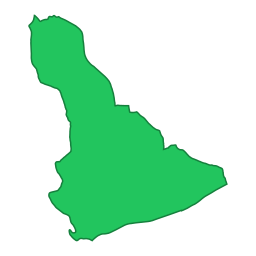 the district of Tandahimba, Mtwara, United Republic of Tanzania
{"feature_id": "72390352B76468761426294", "entity_name": "Tandahimba", "entity_type": "district", "adm_level": 2, "iso_a3": "TZA", "parent_name": "United Republic of Tanzania", "parent_adm1": "Mtwara", "projection": "mercator", "projection_center": [39.541, -10.663], "detail": "fine", "context": "isolated", "style": "filled", "palette": "green", "viewbox_px": 256, "rotation_deg": 0, "n_neighbors": 0, "source": "geoboundaries", "source_scale": "gbopen_adm2", "svg_char_len": 5638}
<svg xmlns="http://www.w3.org/2000/svg" viewBox="0 0 256 256"><path d="M34.6,15.4L34.4,15.4L34.4,15.9L34.3,16.6L33.6,19.8L33.2,20.7L32.7,21.7L31.8,22.8L30.7,23.9L30.3,24.3L29.1,25.4L29.1,26.6L29.4,27.0L30.0,28.0L31.1,30.6L31.3,31.3L31.5,32.1L31.5,34.8L31.3,36.6L31.1,38.2L30.9,39.9L31.0,41.0L30.9,42.9L31.2,50.0L31.4,53.7L31.3,58.0L31.7,61.0L32.1,62.7L32.6,64.0L33.9,65.9L36.3,68.7L36.5,69.1L36.6,69.5L37.0,70.9L37.3,72.1L37.6,73.1L38.3,75.1L38.2,76.0L38.5,77.8L39.8,80.5L40.4,81.7L40.9,82.4L41.0,82.5L43.1,83.3L45.0,84.2L46.6,84.7L48.5,85.3L49.2,85.6L50.7,86.0L51.8,86.6L54.1,87.6L54.9,87.9L57.1,88.4L57.7,88.8L58.2,89.3L58.9,89.9L59.5,90.4L60.2,91.4L60.3,92.1L60.8,92.9L61.4,95.1L62.1,97.2L63.2,99.9L63.6,101.0L64.2,103.2L64.5,103.9L65.1,106.1L65.4,107.6L65.8,108.4L66.0,109.1L66.1,109.5L66.6,110.1L66.7,110.5L66.7,111.4L66.6,112.2L66.5,113.0L66.2,114.4L66.4,115.3L66.7,115.9L67.0,116.7L67.5,117.3L67.8,117.8L67.8,118.5L68.4,120.1L69.0,120.8L70.3,121.9L70.5,122.4L70.5,123.5L70.4,124.4L70.4,125.0L70.7,125.9L70.7,126.3L70.3,128.3L70.1,130.6L70.0,131.6L70.0,133.1L69.9,135.6L69.8,137.1L70.0,138.3L70.2,140.4L70.4,141.3L70.6,142.1L70.7,143.6L70.7,144.8L71.1,148.0L71.2,148.9L71.0,150.4L70.9,151.3L70.0,152.4L67.9,154.2L66.5,155.3L65.3,156.5L63.9,157.5L62.8,158.6L62.1,159.2L61.1,160.0L60.6,160.6L60.1,161.4L59.7,161.7L59.3,161.7L58.1,161.7L56.5,161.9L56.1,162.2L55.8,162.6L55.5,163.2L55.4,163.7L56.0,167.7L56.5,169.3L57.0,170.7L57.5,172.0L58.2,173.0L59.2,174.0L59.5,174.6L60.0,175.3L60.8,176.7L61.3,177.8L61.8,178.4L62.2,179.2L62.5,180.0L62.7,181.2L62.5,181.9L61.6,183.9L61.5,184.7L61.2,185.2L61.1,186.3L60.5,187.2L59.2,188.8L58.8,189.5L57.9,190.4L57.4,190.7L55.5,191.2L52.6,191.9L50.7,192.4L50.2,192.6L49.7,192.9L49.3,193.3L49.0,194.2L48.9,195.3L49.1,196.7L50.4,199.0L50.9,200.2L51.8,202.0L52.4,203.0L54.8,205.8L55.4,206.7L56.3,207.7L57.3,208.5L60.8,211.2L63.2,213.1L63.9,213.5L65.4,214.0L67.1,214.7L68.5,215.5L69.1,216.1L69.5,216.6L69.7,217.2L70.0,218.0L70.4,219.9L70.7,221.1L70.9,221.9L71.2,222.6L71.8,223.5L72.4,224.1L73.4,225.3L74.8,227.9L75.5,229.6L75.7,230.8L75.7,231.6L75.6,232.1L75.4,232.4L74.9,232.6L74.2,232.8L73.6,232.9L73.0,232.8L72.6,232.7L71.4,231.8L71.1,231.4L71.0,231.0L70.6,230.4L70.0,229.9L69.5,229.9L69.3,230.3L69.2,230.8L69.3,231.8L69.5,233.0L69.9,234.3L70.3,235.0L70.9,235.6L72.1,237.1L73.6,238.6L74.4,239.2L75.6,240.1L76.1,240.4L76.8,240.6L77.1,240.5L77.5,240.4L78.6,239.6L79.2,239.0L79.9,238.6L80.8,238.4L81.6,238.4L82.2,238.5L82.6,238.6L83.0,238.7L83.8,238.8L84.3,238.7L85.7,238.6L86.7,238.6L88.3,238.9L89.6,239.2L90.1,239.5L90.6,239.8L92.2,240.6L93.1,239.6L94.7,238.2L96.5,236.7L97.9,235.7L99.2,235.1L100.9,234.3L102.0,234.0L102.9,233.9L105.1,233.8L106.5,233.6L108.4,233.2L109.8,232.7L111.5,231.9L116.0,229.7L124.3,225.3L126.0,224.6L127.5,224.1L128.8,223.8L129.7,223.6L131.1,223.5L132.9,223.2L135.7,222.8L148.0,221.5L149.9,221.2L151.4,220.8L152.3,220.6L156.6,219.0L169.4,214.6L181.2,210.4L181.4,210.8L183.0,210.2L187.3,208.2L191.5,205.7L193.2,204.8L194.6,204.2L195.9,203.4L196.6,202.9L197.8,202.1L200.0,200.4L202.2,198.5L203.0,197.9L204.6,196.7L205.9,195.9L211.2,192.9L215.7,190.1L226.9,184.1L226.6,183.4L226.2,182.0L225.7,180.8L225.2,178.6L224.8,177.8L224.5,177.4L223.9,177.0L223.9,176.5L223.6,175.9L223.5,175.5L223.2,173.7L223.2,172.8L222.9,171.6L222.8,170.5L222.7,170.0L222.4,169.1L222.1,168.7L221.8,168.4L220.6,167.8L220.2,167.7L218.8,167.1L217.8,166.5L216.6,166.0L215.8,165.8L213.5,165.6L212.9,165.5L212.4,165.2L211.8,165.0L211.0,165.1L210.1,165.1L209.2,164.9L207.4,164.2L205.5,163.4L204.4,163.2L202.9,162.8L201.4,162.2L200.1,161.6L198.5,161.0L196.8,160.2L195.3,159.6L193.8,159.0L192.8,158.7L191.2,157.9L190.5,157.3L189.4,156.7L188.9,156.2L188.1,155.3L187.5,154.7L185.7,152.6L184.8,151.7L183.3,150.3L182.8,150.1L182.4,149.9L181.6,149.8L181.2,149.8L180.0,149.7L179.4,149.5L178.8,149.2L178.0,148.7L177.2,147.9L176.7,147.2L176.3,146.5L176.0,145.5L175.8,145.1L175.4,145.0L174.3,145.1L173.0,145.3L171.8,145.3L170.9,145.5L170.4,145.8L169.9,146.3L168.9,147.0L168.6,147.7L168.2,148.0L167.7,148.0L166.8,148.3L165.6,148.8L163.6,149.4L163.8,147.7L163.8,146.5L163.7,145.3L163.5,144.5L163.6,143.5L163.4,142.6L163.3,141.7L163.2,140.5L163.2,139.4L163.0,138.1L162.5,137.2L161.9,136.4L160.9,134.7L160.6,133.9L159.6,130.9L159.4,130.7L158.6,130.3L156.7,129.7L155.7,129.3L155.1,128.9L154.6,128.5L153.2,127.6L150.8,125.4L149.8,124.4L148.6,123.4L144.8,118.8L143.4,117.5L142.5,117.0L140.1,115.3L138.2,113.2L137.0,112.1L136.7,111.9L136.0,112.1L134.4,112.4L133.3,112.5L131.9,112.5L130.3,112.3L129.7,112.1L129.6,111.7L129.4,110.5L128.9,107.9L128.6,105.7L128.2,105.7L127.1,105.7L125.3,105.7L119.4,105.5L118.2,105.3L117.4,105.3L116.5,105.5L115.7,105.8L115.1,105.8L115.0,105.2L114.9,103.9L114.9,103.0L114.5,101.3L114.1,97.8L113.7,95.7L113.3,93.4L112.8,91.8L112.0,88.8L111.3,87.1L110.6,84.6L110.3,83.8L109.3,81.8L109.0,81.2L108.6,80.7L106.9,78.6L104.9,76.5L95.7,68.3L93.8,66.5L91.9,65.3L90.2,63.8L88.4,61.7L87.3,60.3L86.6,59.1L85.9,57.8L84.9,55.3L84.5,53.7L84.1,50.6L84.0,49.5L83.9,47.6L83.5,43.2L83.1,40.8L83.0,39.8L82.9,38.9L82.9,38.5L82.8,36.6L82.6,35.1L82.3,33.6L81.7,31.9L79.9,29.5L78.5,28.2L76.8,26.8L76.4,26.5L75.5,25.7L75.4,25.7L75.2,25.7L74.3,25.1L69.4,22.4L67.5,21.3L65.3,20.1L62.6,18.9L60.9,18.2L59.7,17.5L58.9,16.8L58.5,16.7L58.2,16.8L57.8,17.0L57.2,17.1L56.6,17.2L56.1,17.0L54.5,15.8L54.1,15.6L53.6,15.7L53.0,16.2L52.5,16.7L51.8,16.8L51.0,16.7L50.0,16.5L49.6,16.5L49.2,16.7L48.7,17.1L48.4,17.7L48.3,18.3L48.2,18.7L47.9,19.0L47.0,19.4L46.8,19.5L46.3,19.5L45.2,19.5L44.8,19.6L44.0,19.8L42.4,20.4L41.4,20.9L40.8,21.4L39.9,21.2L38.1,18.9L37.0,17.7L34.8,15.6L34.6,15.4Z" fill="#22c55e" stroke="#15803d" stroke-width="1.5"/></svg>